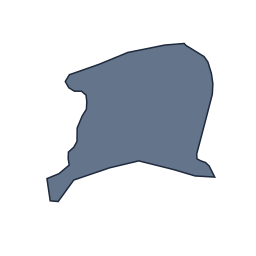 Yumbe, Robinson projection, rotated 73°
{"feature_id": "UGA-3086", "entity_name": "Yumbe", "entity_type": "District", "adm_level": 1, "iso_a3": "UGA", "parent_name": "Uganda", "parent_adm1": "", "projection": "robinson", "projection_center": [31.315, 3.455], "detail": "fine", "context": "isolated", "style": "filled", "palette": "slate", "viewbox_px": 256, "rotation_deg": 73, "n_neighbors": 0, "source": "natural_earth", "source_scale": "10m", "svg_char_len": 662}
<svg xmlns="http://www.w3.org/2000/svg" viewBox="0 0 256 256"><g transform="rotate(73 128 128)"><path d="M177.7,71.0L180.4,68.3L180.6,68.1L183.6,64.0L188.0,61.5L200.3,59.4L193.5,77.8L180.5,97.5L162.6,127.3L160.7,157.2L161.9,195.1L177.9,216.3L174.9,223.7L152.7,220.3L151.5,207.4L146.3,195.1L139.5,194.1L133.6,192.0L130.5,185.4L125.9,180.7L113.1,176.6L102.9,168.1L97.9,162.3L90.7,159.7L84.3,158.5L79.2,161.8L77.1,168.5L72.3,172.8L65.2,174.4L59.9,168.5L58.6,136.8L55.7,106.1L59.4,68.7L63.6,49.5L65.9,48.5L72.6,42.6L81.9,34.4L88.4,32.3L100.3,32.3L110.5,33.9L120.4,37.5L141.1,50.2L173.1,70.0L177.7,71.0Z" fill="#64748b" stroke="#1e293b" stroke-width="1.5"/></g></svg>